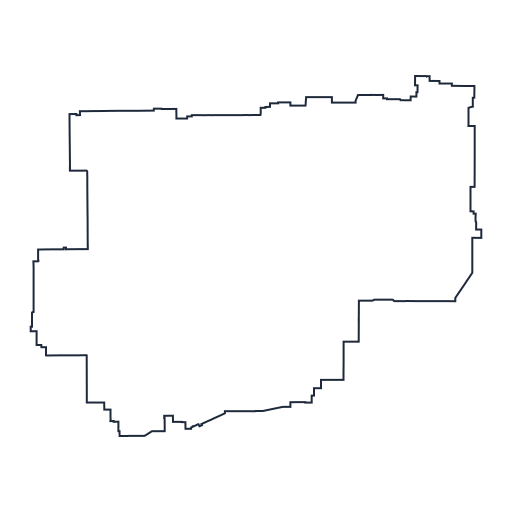 Wongan-Ballidu, Western Australia, Australia (Albers equal-area conic projection)
{"feature_id": "25037944B4040834169290", "entity_name": "Wongan-Ballidu", "entity_type": "district", "adm_level": 2, "iso_a3": "AUS", "parent_name": "Australia", "parent_adm1": "Western Australia", "projection": "albers", "projection_center": [116.851, -30.731], "detail": "fine", "context": "isolated", "style": "outline", "palette": "slate", "viewbox_px": 512, "rotation_deg": 0, "n_neighbors": 0, "source": "geoboundaries", "source_scale": "gbopen_adm2", "svg_char_len": 4668}
<svg xmlns="http://www.w3.org/2000/svg" viewBox="0 0 512 512"><path d="M69.5,114.1L69.5,114.4L69.6,129.5L70.0,167.9L69.9,167.8L69.9,170.7L73.7,170.7L79.7,170.7L79.8,170.7L85.9,170.6L86.5,170.6L86.8,170.8L87.0,171.1L87.2,171.5L87.3,178.4L87.3,185.9L87.4,197.9L87.5,211.1L87.6,218.8L87.7,241.1L87.7,243.0L87.7,245.7L87.8,245.7L87.8,246.1L87.8,249.1L70.4,249.2L66.0,249.3L66.0,247.6L63.7,247.6L63.7,249.3L58.7,249.3L45.7,249.4L40.8,249.5L38.1,249.5L38.1,259.7L38.4,260.2L38.4,261.2L38.2,261.3L34.8,261.3L33.4,261.3L33.6,267.4L33.6,283.1L33.6,287.9L33.6,293.6L33.6,295.9L33.6,299.8L33.6,300.0L33.6,312.0L32.6,312.2L32.4,312.2L32.2,312.3L32.0,312.6L32.0,320.7L32.0,323.9L32.0,326.7L30.7,326.7L30.7,327.5L30.7,328.8L30.7,331.0L30.7,331.3L36.6,331.2L36.6,345.0L41.3,345.0L41.4,347.2L46.0,347.2L46.0,355.4L46.5,355.5L63.4,355.3L65.0,355.3L69.9,355.3L70.0,355.3L75.0,355.3L79.5,355.3L86.5,355.2L86.7,355.3L86.8,393.1L86.8,402.5L104.2,402.5L104.3,409.6L110.5,409.6L110.5,411.4L110.5,415.8L110.5,416.9L110.5,417.4L110.6,418.2L110.6,419.3L110.4,420.6L110.4,421.1L113.7,421.0L113.7,421.8L118.4,421.7L118.4,426.4L118.4,427.3L118.4,431.1L119.5,431.1L119.6,436.0L127.9,436.0L128.2,435.9L138.0,435.9L144.5,435.9L152.0,431.2L157.0,431.2L164.7,431.2L164.7,427.2L164.6,418.0L164.2,418.0L164.2,415.8L172.9,415.7L173.0,421.9L181.6,421.9L181.6,422.1L185.4,422.2L185.5,428.8L191.1,428.8L191.1,427.5L193.1,426.6L192.5,425.4L193.3,426.5L195.8,425.4L196.5,425.1L196.6,424.9L198.3,424.2L198.5,424.2L199.4,426.2L199.5,426.3L200.0,426.1L200.5,425.8L201.2,425.5L201.9,425.2L201.4,424.1L208.3,420.9L208.5,420.8L211.5,419.6L211.7,419.4L213.0,418.8L213.1,418.7L220.0,415.6L224.9,413.3L224.9,411.2L229.6,411.2L234.4,411.2L234.7,411.2L241.2,411.2L249.6,411.2L254.5,411.3L254.6,411.1L257.3,411.0L262.8,411.0L282.6,406.9L288.9,406.9L290.4,406.9L290.4,402.2L301.5,402.1L305.2,402.1L305.2,402.6L311.7,402.6L311.7,395.6L314.0,395.6L314.0,388.2L319.5,388.2L321.0,388.2L321.0,379.9L331.6,379.9L343.5,379.9L343.5,372.6L343.6,363.6L343.6,341.7L358.7,341.7L358.8,320.0L358.8,319.7L358.7,319.7L358.8,317.1L358.9,300.7L360.6,300.7L370.4,300.7L371.9,300.7L372.2,300.6L372.4,300.6L372.7,300.6L372.9,300.5L373.1,300.3L373.4,300.2L373.6,300.0L373.9,299.9L374.0,299.8L374.3,299.8L374.5,299.7L380.5,299.7L392.1,299.7L392.3,299.7L392.5,299.7L392.8,299.8L393.0,299.9L393.2,300.0L393.4,300.2L393.5,300.4L393.6,300.6L393.9,300.8L394.0,300.9L394.2,301.0L394.4,301.0L394.6,301.1L394.8,301.1L405.7,301.1L406.2,301.0L414.5,301.1L422.6,301.1L433.8,301.1L437.0,301.1L439.7,301.1L455.3,301.2L455.3,298.3L455.3,298.1L455.4,297.9L455.5,297.8L455.6,297.6L455.7,297.3L465.2,283.4L467.0,280.6L468.4,278.6L469.7,276.7L470.2,275.9L472.3,272.8L472.3,269.2L472.3,267.3L472.3,252.9L472.3,241.4L472.3,237.8L481.3,237.9L481.3,229.5L478.7,229.5L477.8,229.5L476.1,229.5L476.2,223.0L476.2,222.6L476.1,222.4L476.1,222.2L476.0,221.8L475.9,221.6L475.7,221.5L475.6,221.3L475.5,218.1L475.7,213.7L473.6,213.7L473.6,211.4L470.5,211.3L470.5,197.3L470.5,186.9L474.6,186.9L474.7,156.4L474.7,139.1L474.7,137.5L474.7,126.0L468.4,126.0L468.4,125.8L468.5,125.7L468.5,107.9L469.9,107.4L470.4,107.2L470.6,107.1L472.3,106.8L472.9,106.6L472.8,106.3L472.8,97.8L473.0,97.8L474.3,97.7L474.4,89.6L474.4,86.0L465.1,86.0L451.9,85.8L451.9,83.5L439.5,83.5L439.5,81.0L429.6,80.9L429.6,76.3L429.6,76.2L427.2,76.2L427.0,76.3L426.7,76.5L426.6,76.3L426.5,76.1L426.2,76.1L415.1,76.0L415.0,85.3L417.6,85.3L417.5,92.2L416.4,92.2L416.4,96.6L410.7,96.5L410.6,100.3L400.5,100.2L400.0,99.2L399.8,99.2L389.8,99.2L387.0,99.2L387.0,98.4L383.2,98.4L383.2,94.9L377.2,95.0L371.2,94.9L371.2,95.0L358.0,95.0L355.6,100.7L355.6,102.6L343.5,102.6L340.2,102.6L331.9,102.6L331.9,97.1L319.1,97.1L306.1,97.1L306.1,97.4L306.1,98.1L306.0,99.2L305.9,100.0L305.8,101.1L305.8,102.1L305.7,102.7L305.7,103.9L305.6,104.9L305.5,105.6L290.4,105.6L290.4,102.4L284.6,102.4L278.1,102.4L278.1,103.3L270.0,103.3L270.0,106.8L265.4,107.0L265.4,107.8L260.7,107.8L260.7,108.0L260.7,111.0L260.7,113.7L260.7,113.9L260.6,114.0L260.5,114.5L260.4,115.0L257.0,115.0L252.9,115.0L249.6,115.1L248.8,115.1L246.0,115.0L242.6,115.1L241.1,115.1L238.7,115.1L234.7,115.1L230.6,115.1L226.9,115.1L223.2,115.1L219.3,115.1L215.7,115.1L212.2,115.2L208.7,115.1L205.9,115.2L202.4,115.2L202.2,115.2L199.5,115.1L194.3,115.1L193.6,115.1L191.8,115.2L191.8,116.4L187.2,116.4L187.1,118.5L183.4,118.5L181.5,118.5L176.4,118.5L176.4,115.0L176.4,114.6L176.3,109.2L176.3,108.9L169.1,109.0L161.6,109.0L161.5,108.7L153.9,108.7L153.8,110.6L145.5,110.7L137.7,110.8L131.3,110.8L128.5,110.8L119.2,110.8L108.9,110.9L104.2,111.0L92.2,111.1L85.6,111.2L79.9,111.2L80.0,115.1L76.4,115.2L76.4,114.0L69.5,114.1Z" fill="none" stroke="#1e293b" stroke-width="2"/></svg>